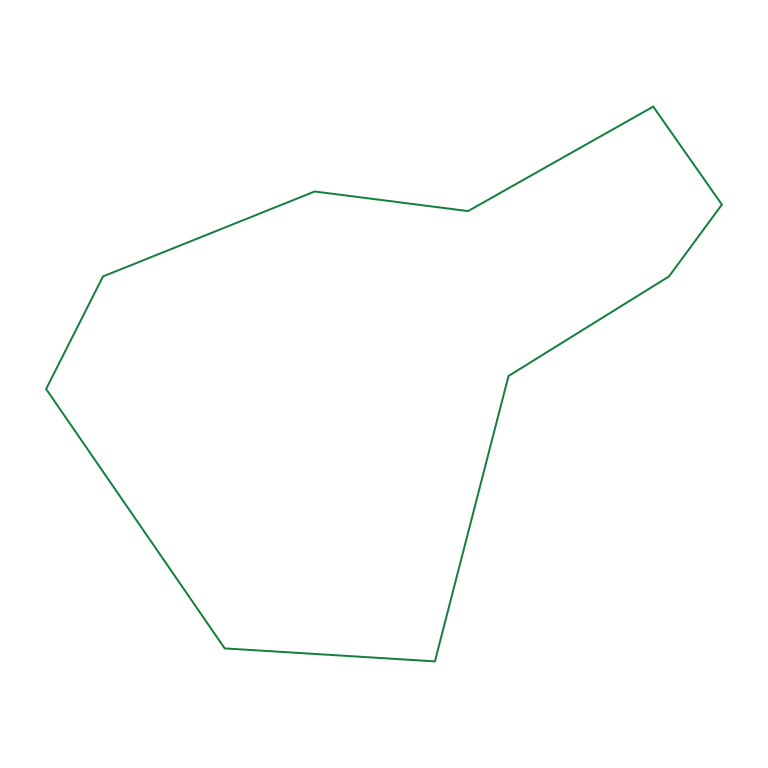 the state/province of Ħamrun
{"feature_id": "MLT-5944", "entity_name": "Ħamrun", "entity_type": "state/province", "adm_level": 1, "iso_a3": "MLT", "parent_name": "Malta", "parent_adm1": "", "projection": "mercator", "projection_center": [14.489, 35.882], "detail": "fine", "context": "isolated", "style": "outline", "palette": "green", "viewbox_px": 768, "rotation_deg": 0, "n_neighbors": 0, "source": "natural_earth", "source_scale": "10m", "svg_char_len": 258}
<svg xmlns="http://www.w3.org/2000/svg" viewBox="0 0 768 768"><path d="M224.7,648.4L46.1,389.0L103.0,276.4L314.6,191.5L468.0,211.1L653.2,106.6L721.9,204.6L669.0,276.4L508.5,376.0L434.9,661.4L224.7,648.4Z" fill="none" stroke="#15803d" stroke-width="2"/></svg>